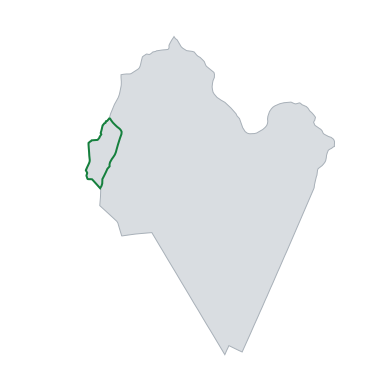 location of Ghat within Libya, rotated 26°
{"feature_id": "LBY-2968", "entity_name": "Ghat", "entity_type": "Municipality", "adm_level": 1, "iso_a3": "LBY", "parent_name": "Libya", "parent_adm1": "", "projection": "equal_earth", "projection_center": [10.299, 26.072], "detail": "fine", "context": "in_parent", "style": "outline", "palette": "green", "viewbox_px": 384, "rotation_deg": 26, "n_neighbors": 0, "source": "natural_earth", "source_scale": "10m", "svg_char_len": 4092}
<svg xmlns="http://www.w3.org/2000/svg" viewBox="0 0 384 384"><g transform="rotate(26 192 192)"><path d="M79.8,115.6L81.4,114.6L83.9,113.4L85.1,112.6L85.6,111.9L87.4,108.9L88.4,107.3L89.7,105.1L90.2,103.6L90.2,102.1L90.0,100.4L89.0,96.3L88.2,92.3L88.9,90.8L89.4,90.0L90.5,88.1L90.9,87.8L93.3,87.2L94.3,85.9L95.0,84.4L95.2,83.6L96.2,82.7L97.5,81.8L98.2,80.7L100.7,79.0L103.0,77.4L105.7,75.8L107.8,74.5L108.2,73.4L108.1,72.4L107.0,70.2L107.0,67.7L107.1,65.5L107.2,64.2L107.7,60.7L107.7,60.2L109.8,61.4L112.0,61.8L118.6,66.2L120.6,66.8L125.2,67.3L130.6,65.5L132.6,65.2L136.2,66.9L137.7,67.3L140.4,67.5L144.9,69.0L146.0,69.5L148.7,72.0L149.9,72.7L159.3,74.9L160.6,76.4L161.9,79.3L162.1,82.8L162.8,85.4L164.0,88.7L165.5,91.0L167.1,93.0L168.9,94.2L173.0,96.0L177.7,96.7L182.3,97.0L190.4,99.5L197.3,102.4L199.0,103.8L202.5,105.2L209.4,112.0L213.3,114.4L216.0,114.9L218.3,114.4L222.5,112.1L224.2,110.7L228.2,104.8L229.5,101.7L230.0,99.5L229.8,97.3L229.2,95.4L227.9,93.3L227.0,90.6L226.4,85.7L226.9,82.3L227.6,80.2L228.8,78.2L232.2,74.2L235.6,71.4L241.6,67.8L245.2,67.7L246.7,67.3L249.5,64.8L250.7,64.7L252.4,65.3L257.3,65.1L259.5,65.8L262.1,67.4L265.4,68.4L267.7,69.4L270.2,70.7L270.9,73.9L270.7,74.8L270.7,76.0L273.3,78.2L280.5,79.3L282.0,79.9L284.0,81.6L285.3,82.1L290.3,82.3L293.1,81.9L295.9,82.5L296.9,83.1L298.1,84.4L299.5,87.6L300.1,88.7L299.5,89.2L298.8,90.4L298.4,91.4L297.2,93.0L296.2,94.7L296.4,97.3L296.8,99.9L297.7,102.4L298.4,105.2L298.4,107.1L297.9,109.4L297.4,111.2L295.4,115.2L295.1,116.1L295.3,117.4L296.9,122.1L297.0,123.5L298.0,128.0L298.9,131.7L299.9,134.6L300.0,135.4L300.2,139.7L300.4,144.0L300.6,148.3L300.8,152.5L301.0,156.8L301.2,161.1L301.4,165.4L301.6,169.7L301.8,174.1L302.0,178.4L302.2,182.7L302.4,187.0L302.6,191.4L302.8,195.7L303.0,200.0L303.2,204.4L303.3,208.7L303.5,213.1L303.7,217.4L303.9,221.8L304.0,226.2L304.2,230.5L304.4,234.9L304.6,239.3L304.7,243.7L304.9,248.1L305.1,252.5L305.2,256.8L305.4,261.2L305.6,265.7L305.7,270.1L305.9,274.5L306.2,284.3L306.6,294.1L306.9,303.9L307.2,313.8L303.4,313.9L299.8,313.9L296.1,313.9L292.5,313.9L292.6,316.4L292.6,318.8L292.7,321.3L292.8,323.8L285.6,319.1L278.4,314.4L271.2,309.7L264.0,305.1L256.8,300.4L249.7,295.7L242.5,291.1L235.4,286.4L228.2,281.7L221.1,277.1L214.0,272.4L206.9,267.8L199.8,263.2L192.7,258.5L185.6,253.9L178.6,249.3L173.7,246.1L168.5,249.2L164.5,251.6L159.1,254.9L153.0,259.0L148.3,262.2L148.1,262.2L147.9,262.1L142.9,256.7L139.0,252.4L137.3,251.3L130.0,249.1L122.7,246.9L115.1,244.7L113.7,241.2L112.2,237.3L110.1,232.5L108.8,229.6L108.4,229.1L102.6,226.8L96.4,224.5L92.9,225.9L92.2,225.8L91.2,224.9L90.2,223.7L89.7,222.1L88.2,219.9L86.9,214.8L86.8,210.8L86.5,209.4L83.3,203.7L80.5,198.6L78.5,195.1L78.2,193.6L78.4,191.7L79.2,190.0L82.0,188.0L84.5,185.8L84.8,184.3L85.0,180.1L84.2,178.8L83.6,176.3L83.0,172.9L82.9,170.8L84.0,166.5L85.3,162.1L84.5,157.1L83.9,147.3L84.3,139.5L84.0,136.7L83.8,135.5L82.9,131.9L81.9,128.1L81.5,126.8L80.1,123.8L77.9,120.0L76.8,117.7L78.4,116.5L79.8,115.6Z" fill="#d9dde1" stroke="#a8b0b8" stroke-width="1"/><path d="M92.4,226.0L92.2,225.9L90.3,224.0L90.0,223.7L89.8,223.0L89.6,221.2L89.3,220.6L87.1,219.1L87.0,218.6L86.9,215.9L86.9,213.1L86.8,210.6L86.6,209.4L86.1,208.1L83.8,204.4L82.1,201.4L79.9,197.7L77.9,194.2L77.5,193.2L77.9,192.3L78.1,191.9L78.4,191.2L78.8,190.6L79.0,190.3L79.0,190.0L79.1,189.6L84.1,186.7L84.4,186.3L85.0,183.8L85.0,183.4L84.8,182.9L84.9,182.2L85.2,180.2L85.2,179.9L84.9,179.7L84.3,179.2L84.1,179.1L84.0,178.7L83.7,176.7L82.5,171.5L82.5,171.2L82.6,170.9L82.8,170.2L83.0,169.0L83.2,168.6L83.9,167.8L84.0,167.4L83.8,167.0L83.6,166.6L83.6,166.2L83.9,165.9L84.3,165.6L84.6,165.3L85.6,161.4L85.6,161.5L87.7,162.9L90.4,164.3L93.2,165.3L96.0,166.2L99.3,166.9L101.2,167.8L102.4,168.8L103.2,170.9L103.7,175.4L104.1,178.1L104.7,182.0L105.6,187.0L106.1,189.5L106.3,192.2L106.0,194.7L105.5,197.6L105.3,201.3L105.8,203.4L106.7,205.1L105.8,208.2L105.9,212.1L105.9,216.1L105.8,219.7L107.6,223.7L108.0,226.2L107.8,228.9L103.2,227.0L99.7,225.6L96.9,224.5L96.6,224.4L96.3,224.5L94.7,225.2L93.0,226.0L92.4,226.0Z" fill="none" stroke="#15803d" stroke-width="2"/></g></svg>